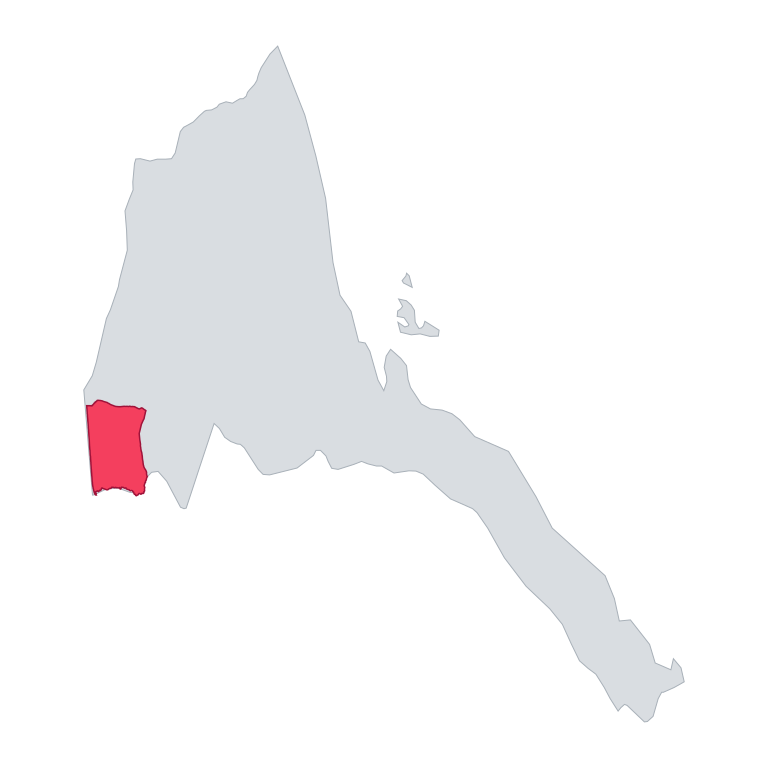 Omhajer, Gash Barka, Eritrea (highlighted)
{"feature_id": "51966322B84792340140154", "entity_name": "Omhajer", "entity_type": "district", "adm_level": 2, "iso_a3": "ERI", "parent_name": "Eritrea", "parent_adm1": "Gash Barka", "projection": "equal_earth", "projection_center": [36.816, 14.649], "detail": "fine", "context": "in_parent", "style": "filled", "palette": "rose", "viewbox_px": 768, "rotation_deg": 0, "n_neighbors": 0, "source": "geoboundaries", "source_scale": "gbopen_adm2", "svg_char_len": 7758}
<svg xmlns="http://www.w3.org/2000/svg" viewBox="0 0 768 768"><path d="M92.5,495.1L89.6,460.5L87.7,437.4L85.7,412.9L83.8,389.9L92.3,375.7L96.3,362.2L106.4,318.5L110.4,309.8L118.4,286.5L119.5,279.7L127.3,250.2L126.6,230.7L125.0,210.9L129.3,199.2L133.1,189.9L132.8,182.0L134.5,163.6L135.8,159.0L140.4,158.7L150.0,161.1L157.1,159.2L165.2,159.2L171.5,158.7L175.2,153.0L180.3,131.6L183.6,127.3L186.1,126.0L193.3,122.0L199.4,115.8L204.4,111.3L206.3,110.4L211.6,109.9L216.9,107.2L219.3,104.2L226.0,101.8L232.5,103.2L236.9,100.5L239.9,98.8L243.2,98.7L246.2,96.2L247.5,92.4L249.4,90.0L254.5,84.4L256.9,80.4L257.9,76.3L258.9,73.1L261.2,67.7L270.0,54.0L277.7,46.1L304.8,115.0L315.8,155.8L325.6,198.4L333.0,262.5L340.0,295.2L351.0,311.3L358.7,341.8L365.2,343.0L369.9,351.4L378.0,380.1L383.8,390.7L386.8,381.6L386.5,376.3L384.2,367.4L386.2,356.1L390.6,349.3L400.9,358.5L406.5,365.6L408.1,379.7L410.5,387.5L421.3,404.0L430.4,408.9L442.1,410.1L451.9,413.7L459.8,419.8L474.7,436.6L508.5,451.4L536.0,496.7L552.2,528.1L605.1,575.7L614.4,598.6L619.3,621.0L630.4,619.9L649.6,644.4L655.2,663.0L670.9,669.8L673.4,658.7L681.0,667.8L684.2,681.8L674.3,687.4L663.3,692.3L661.7,692.2L658.2,698.6L653.1,716.3L647.4,721.5L644.4,721.9L627.1,705.4L624.5,704.4L620.8,707.7L618.1,711.1L610.1,698.5L604.2,687.4L595.9,674.2L588.0,668.3L579.5,660.8L571.1,643.5L562.4,624.4L549.8,608.8L526.1,586.3L504.4,557.8L487.7,528.1L477.0,512.6L472.5,508.6L450.5,498.9L435.1,485.3L423.2,474.1L416.0,471.1L409.0,470.8L394.0,473.0L381.6,466.0L376.4,466.0L368.0,463.9L361.5,461.4L353.8,464.4L338.1,469.4L331.7,468.3L328.1,461.3L326.0,456.0L320.5,450.4L316.0,450.4L313.5,455.4L297.1,468.0L269.6,474.9L263.1,474.4L258.2,469.4L244.3,447.8L240.3,444.3L237.2,444.0L230.7,441.5L224.7,437.3L219.4,428.5L214.1,423.5L208.4,440.8L198.4,471.0L193.1,487.2L186.2,508.1L184.0,508.7L180.5,507.2L166.7,481.2L158.1,471.4L151.6,472.3L146.9,477.2L144.0,485.8L140.7,491.2L137.3,493.3L129.8,492.3L118.2,488.1L106.3,489.0L94.1,494.9L92.5,495.1ZM415.2,322.2L418.9,328.5L421.5,327.9L423.5,325.8L424.9,321.3L439.1,330.2L438.3,336.1L429.9,336.4L420.2,333.9L411.2,334.8L400.5,332.2L397.9,322.2L404.8,327.0L408.3,325.8L408.9,324.5L404.1,317.7L397.2,316.4L397.7,311.0L400.7,308.9L402.6,306.3L398.6,299.0L406.3,300.7L411.2,305.1L414.4,310.3L415.2,322.2ZM409.2,275.8L412.2,287.4L403.5,283.0L402.1,280.6L405.9,276.0L406.6,273.2L409.2,275.8Z" fill="#d9dde1" stroke="#a8b0b8" stroke-width="1"/><path d="M129.9,406.2L129.5,406.3L128.7,406.5L128.2,406.5L127.0,406.3L126.3,406.4L125.8,406.4L125.4,406.4L125.0,406.4L124.1,406.3L123.9,406.3L123.4,406.4L122.2,406.5L120.4,406.7L118.7,406.7L116.4,406.5L115.5,406.4L115.3,406.4L115.0,406.2L114.6,406.1L113.8,405.8L112.9,405.4L112.5,405.3L111.7,405.0L111.4,404.9L110.5,404.5L109.5,403.9L109.0,403.5L108.8,403.5L108.1,403.1L107.8,403.0L107.5,402.8L107.3,402.6L107.2,402.5L106.4,402.3L104.8,401.8L104.3,401.7L102.7,401.1L102.3,400.9L101.8,400.8L101.3,400.7L100.9,400.6L100.2,400.5L98.0,400.3L97.2,400.4L97.1,400.5L96.9,400.9L96.7,401.1L96.4,401.2L96.2,401.6L95.8,401.7L95.6,401.9L95.3,402.0L95.3,402.3L94.9,402.5L94.6,403.1L94.4,403.1L94.2,403.2L94.0,403.3L93.9,403.6L93.8,403.8L93.6,404.1L93.2,404.4L93.0,404.6L92.9,404.7L92.8,404.9L92.6,405.1L92.5,405.5L92.4,405.6L92.2,405.7L91.9,405.8L91.6,405.6L91.3,405.8L91.1,405.7L90.5,405.8L90.3,405.8L90.1,405.7L86.7,405.7L86.8,406.5L86.8,407.5L87.0,409.6L87.1,411.5L87.2,412.0L87.2,413.5L87.5,415.1L87.4,415.9L87.8,419.7L87.8,420.2L87.8,420.6L87.9,421.6L88.0,422.5L88.1,423.8L88.2,424.7L88.2,425.6L88.3,426.3L88.3,427.6L88.4,428.6L88.5,429.3L88.5,429.7L88.6,430.3L88.6,431.6L88.8,433.4L88.8,434.1L88.9,434.9L88.9,435.9L89.0,436.6L89.1,438.2L89.2,438.7L89.5,445.5L89.8,449.4L90.0,450.4L90.0,451.2L90.1,452.0L90.1,452.8L90.2,454.6L90.3,455.6L90.5,456.5L90.6,459.6L90.7,460.0L90.8,461.9L90.9,462.3L90.9,462.8L90.9,463.3L90.9,463.7L91.2,467.5L91.2,468.3L91.4,469.8L91.4,470.6L91.5,471.8L91.6,473.3L91.7,473.8L91.7,475.1L91.9,476.7L92.0,478.1L92.1,479.8L92.2,481.4L92.4,482.4L92.4,483.3L92.6,485.1L92.7,485.5L92.7,485.9L93.0,487.1L93.2,488.5L93.5,489.3L93.6,490.1L93.9,491.1L94.0,491.5L94.0,491.8L94.2,492.3L94.4,493.0L94.6,493.5L95.0,494.2L95.7,495.0L95.8,495.0L95.7,494.9L95.8,494.9L95.8,494.6L96.0,494.5L96.2,494.2L96.3,494.1L96.3,493.7L96.2,493.6L96.0,493.2L95.8,493.0L95.6,492.9L95.4,492.3L95.2,492.2L95.3,492.1L95.3,491.9L95.6,491.8L95.8,491.7L96.0,491.8L96.3,491.5L96.6,491.4L97.0,491.1L97.4,491.1L97.7,490.9L97.9,491.1L98.1,491.4L98.3,491.6L98.5,491.5L98.7,491.2L99.0,491.0L99.1,490.9L99.2,491.0L99.3,490.9L99.5,490.7L99.8,490.3L100.0,490.3L100.3,490.4L100.6,490.5L100.7,490.3L100.8,490.2L101.1,489.6L101.3,489.3L101.4,489.0L101.4,488.5L101.7,488.1L102.2,488.0L102.4,488.1L102.5,488.4L102.8,488.5L103.1,488.5L103.8,488.7L103.8,488.8L104.3,488.9L106.4,489.7L106.7,489.8L107.5,489.8L107.9,489.7L108.0,489.5L108.4,489.2L109.7,488.4L110.0,488.4L110.5,488.4L110.8,488.4L111.3,487.9L111.4,487.6L111.6,487.5L111.7,487.3L111.9,487.3L112.4,487.3L113.1,487.3L113.6,487.4L114.2,487.7L114.8,487.6L115.1,487.6L115.4,487.4L115.6,487.4L115.8,487.4L115.9,487.6L116.1,487.7L116.5,487.7L117.4,487.7L117.7,487.8L118.4,487.8L118.7,487.9L119.4,487.8L119.6,487.6L119.8,487.6L119.8,487.8L119.9,488.5L120.0,488.8L120.3,488.9L120.3,488.6L120.3,488.4L120.7,488.8L120.9,488.7L121.0,488.3L121.4,487.9L121.5,487.8L121.7,487.5L121.7,487.2L121.8,487.2L122.0,487.3L122.3,487.3L122.6,487.4L123.0,487.3L123.6,487.6L124.1,488.0L124.3,488.1L124.9,488.1L125.9,487.9L126.0,488.1L126.1,488.4L126.2,488.8L126.4,488.9L126.7,489.0L127.2,489.3L127.4,489.3L127.9,489.5L128.4,489.6L128.7,489.7L129.1,489.7L129.3,489.9L129.5,490.3L130.1,490.7L130.5,490.7L131.6,490.5L132.1,490.6L132.3,490.7L132.5,490.8L132.7,491.1L132.8,491.3L132.8,491.6L132.9,491.8L133.1,492.0L133.5,492.0L133.8,492.8L134.0,493.5L134.2,494.0L134.5,494.3L134.8,494.4L135.0,494.5L135.2,494.4L135.6,494.9L135.7,495.2L135.8,495.5L136.0,495.6L136.5,495.7L137.4,495.1L137.7,495.0L138.0,494.9L138.2,494.7L138.5,494.1L138.7,493.8L138.8,493.6L139.3,493.5L139.6,493.5L139.9,493.6L140.3,494.0L140.6,494.1L140.8,494.2L141.1,494.2L141.3,494.0L141.7,493.5L141.9,493.4L142.2,493.4L142.6,493.5L142.8,493.4L142.9,493.5L143.2,493.4L143.4,493.4L143.8,492.9L144.0,492.2L143.9,491.8L143.9,491.6L144.3,491.3L144.5,491.0L144.6,490.9L144.6,490.2L144.5,489.6L144.5,489.4L144.6,488.5L144.6,488.2L144.6,487.9L144.8,487.5L144.8,487.4L144.6,486.8L144.5,486.7L144.3,486.3L144.2,486.0L144.2,485.6L144.2,485.4L144.4,485.0L144.4,484.6L144.8,483.5L144.9,483.2L145.0,482.7L145.5,482.3L145.5,482.2L145.5,481.6L145.5,481.4L145.5,481.2L146.0,480.3L146.3,479.9L146.3,479.7L146.4,479.2L146.5,478.5L146.8,477.5L146.9,477.2L147.1,476.8L147.3,476.7L147.1,476.3L146.8,475.3L146.7,474.7L146.6,474.4L146.5,473.9L146.6,472.6L146.5,472.3L146.5,472.1L146.4,471.7L146.1,470.9L145.9,470.6L145.6,470.0L145.5,469.7L145.3,469.5L144.6,468.4L144.1,467.5L143.7,466.3L143.6,465.7L143.3,464.7L143.0,462.5L143.0,462.0L142.8,460.9L142.5,459.1L142.4,458.0L142.3,456.8L142.3,456.2L142.1,455.3L141.8,453.0L141.6,452.0L141.3,451.3L141.1,450.4L140.8,448.6L140.7,447.3L140.5,446.6L140.5,446.2L140.4,445.6L140.5,444.2L139.8,439.8L139.2,433.5L141.4,424.3L143.5,419.6L144.0,418.9L144.2,417.9L144.3,417.4L144.4,416.9L144.5,416.4L144.6,415.9L145.0,414.2L145.2,413.7L145.2,413.0L145.5,412.1L145.8,411.0L145.9,410.6L145.1,410.0L144.4,409.7L143.8,409.2L143.7,409.1L143.1,408.7L142.8,408.4L142.1,408.0L141.7,408.0L141.3,407.9L141.1,408.1L140.3,408.5L139.6,408.8L139.4,408.9L139.2,408.9L137.7,408.4L137.2,408.0L136.8,407.9L136.4,407.7L135.9,407.4L135.6,407.2L135.3,407.1L135.0,406.9L134.9,406.9L134.6,406.8L134.5,406.7L134.3,406.7L134.1,406.6L133.3,406.6L132.8,406.5L132.4,406.5L132.1,406.6L131.9,406.6L130.9,406.5L130.5,406.5L130.2,406.4L129.9,406.2Z" fill="#f43f5e" stroke="#9f1239" stroke-width="1.5"/></svg>